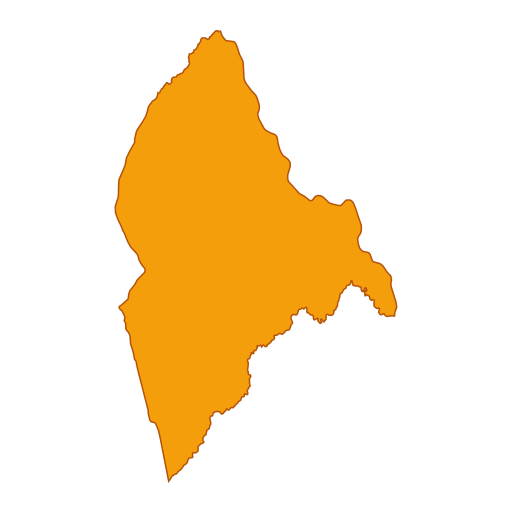 outline of Caia, Sofala, Mozambique
{"feature_id": "85939544B71313946873981", "entity_name": "Caia", "entity_type": "district", "adm_level": 2, "iso_a3": "MOZ", "parent_name": "Mozambique", "parent_adm1": "Sofala", "projection": "equal_earth", "projection_center": [34.995, -17.8], "detail": "fine", "context": "isolated", "style": "filled", "palette": "amber", "viewbox_px": 512, "rotation_deg": 0, "n_neighbors": 0, "source": "geoboundaries", "source_scale": "gbopen_adm2", "svg_char_len": 6037}
<svg xmlns="http://www.w3.org/2000/svg" viewBox="0 0 512 512"><path d="M220.4,31.1L218.8,31.8L218.2,31.5L217.7,30.7L215.9,30.9L215.1,31.3L214.1,32.8L213.1,33.4L212.6,34.5L211.9,34.8L211.2,36.2L209.7,36.9L209.4,37.7L209.5,38.3L209.2,38.8L208.4,38.8L207.7,39.4L205.3,38.0L202.7,37.9L201.6,38.4L200.9,39.6L200.7,41.5L199.5,42.8L199.0,44.1L198.1,44.3L197.9,44.6L197.8,46.3L197.0,47.3L196.8,48.1L195.6,49.4L193.7,50.3L193.6,52.3L192.3,52.9L191.9,53.5L190.1,54.1L189.4,53.9L189.1,54.3L189.1,55.6L188.6,56.7L188.5,57.9L189.1,59.1L188.8,61.4L189.5,62.9L189.3,64.3L187.7,66.9L186.5,68.3L185.0,69.1L183.7,70.7L183.1,72.2L181.9,73.3L180.1,73.7L179.1,74.7L177.4,74.9L176.4,77.0L173.4,77.2L172.3,78.0L171.7,78.9L171.7,79.9L171.4,80.4L171.8,81.7L171.7,82.1L170.6,83.5L169.1,84.2L168.7,84.1L167.7,82.9L166.8,82.7L166.3,83.0L165.9,84.1L164.8,84.9L164.1,86.2L163.7,86.4L162.8,88.2L161.9,88.7L160.2,91.2L159.7,92.9L158.3,93.3L157.9,92.9L157.4,96.0L155.9,98.9L152.4,101.2L149.0,105.9L148.2,107.5L147.4,111.3L145.8,116.1L143.1,120.9L137.7,129.1L136.4,131.6L134.7,138.8L134.6,141.7L134.8,142.3L130.1,150.4L127.0,156.7L126.3,158.7L125.1,165.5L119.1,179.4L118.7,182.6L118.4,195.1L118.0,197.9L115.3,206.2L115.5,212.6L117.9,219.4L121.5,226.9L122.7,230.4L124.3,233.1L128.1,242.5L130.8,247.1L136.9,253.8L137.9,255.6L139.2,260.4L142.1,265.3L144.8,268.6L145.2,269.9L144.7,272.3L137.4,279.7L134.5,285.0L129.9,290.7L128.8,293.9L128.2,298.4L127.7,299.5L121.1,305.3L119.1,306.6L119.4,308.2L120.1,309.4L122.0,310.8L124.8,316.5L124.9,317.7L124.2,320.8L125.7,323.3L125.8,328.6L126.4,330.0L128.2,332.0L129.6,334.6L130.2,337.5L130.5,343.5L133.2,352.0L134.6,359.5L136.0,361.2L137.5,368.7L148.2,410.4L148.2,413.3L149.8,420.0L150.9,421.7L154.3,422.4L155.3,423.2L156.6,425.6L158.5,430.6L159.9,436.5L168.7,481.3L170.5,478.8L172.2,475.8L173.2,475.5L174.4,474.5L176.6,473.7L178.5,471.2L180.2,470.1L181.8,468.5L183.7,465.5L186.7,463.3L188.8,458.3L190.1,457.8L192.6,457.5L192.8,456.7L192.4,454.2L192.6,453.1L196.1,452.6L197.4,451.7L198.0,450.8L198.2,448.5L197.9,447.2L198.1,446.4L200.8,443.9L203.6,442.7L203.9,442.2L203.0,440.8L202.8,439.7L203.2,437.5L204.5,435.4L205.9,434.8L206.9,430.3L209.3,428.5L209.6,426.2L210.1,425.1L210.6,424.7L210.8,423.6L210.4,420.5L209.9,419.2L209.8,417.9L210.7,416.2L212.7,415.7L212.7,414.7L213.3,412.9L214.9,411.8L217.6,411.4L219.8,412.0L220.4,412.5L221.4,414.1L223.2,413.5L224.3,411.9L226.0,410.5L226.2,409.4L226.7,408.8L228.6,410.1L229.4,409.6L230.9,407.6L233.3,407.7L233.6,407.4L233.8,406.4L235.0,405.8L236.0,404.3L237.6,403.1L238.3,401.7L240.4,400.5L240.8,399.9L241.3,397.9L241.7,397.1L243.7,396.7L244.2,396.2L244.4,394.0L244.6,393.8L246.8,394.7L247.6,394.4L247.8,392.9L247.3,391.2L247.3,390.4L248.7,388.0L249.1,386.9L250.2,386.0L249.6,383.8L249.4,379.3L249.9,377.9L250.9,376.2L250.4,375.0L249.1,374.8L248.5,374.3L248.1,371.6L247.5,370.3L248.0,366.9L248.3,362.9L247.4,360.4L247.7,359.3L249.2,358.7L249.9,357.9L250.3,355.5L251.3,354.4L251.3,352.9L251.7,352.7L253.0,353.6L253.7,353.5L253.8,352.9L253.4,351.6L254.2,350.5L255.6,350.7L255.9,350.3L257.4,347.5L257.0,346.3L257.2,345.6L258.8,346.0L260.5,345.2L261.3,345.7L261.6,347.0L262.0,346.8L262.5,345.4L263.6,345.1L265.1,346.6L266.6,346.4L267.2,345.8L267.2,344.6L269.0,343.8L270.9,342.1L271.9,340.2L273.0,340.0L274.0,339.3L274.6,337.8L274.1,336.7L274.4,335.3L274.8,335.1L276.6,335.4L279.5,333.3L282.2,334.4L284.7,332.2L285.8,330.5L289.0,329.9L289.4,329.6L290.6,326.7L291.0,324.9L292.5,323.1L292.3,321.9L290.9,318.3L291.1,316.6L292.2,315.1L292.9,314.7L294.3,314.3L295.4,315.0L296.7,314.8L297.7,313.1L298.5,310.1L299.4,309.3L300.6,309.1L302.2,308.1L303.9,309.0L305.3,307.6L306.6,307.5L307.0,309.0L306.8,311.9L307.2,312.7L308.9,313.1L310.5,314.9L312.7,315.3L313.6,317.0L313.3,318.1L313.8,319.5L314.7,319.9L317.1,318.3L317.8,318.3L318.1,318.8L317.8,319.7L318.0,321.0L320.1,323.4L321.6,322.6L320.8,320.8L321.0,319.2L321.5,319.1L322.6,320.2L323.3,321.6L323.9,321.9L326.0,319.3L326.1,315.3L326.6,314.5L327.6,314.4L328.8,315.1L330.8,315.3L332.4,315.0L333.3,314.0L333.8,312.6L333.9,310.4L335.8,309.5L336.3,307.6L337.4,306.2L337.6,303.1L338.0,301.9L338.9,300.6L338.9,298.8L339.7,297.2L340.0,294.2L341.8,293.0L343.9,289.3L345.8,288.3L346.3,286.6L347.2,285.3L348.9,285.1L350.3,283.9L351.1,281.2L351.3,280.8L351.8,280.6L352.4,282.3L352.6,284.3L353.2,285.4L355.9,286.1L357.8,285.8L359.3,286.8L361.1,287.2L361.3,290.1L361.8,290.9L362.7,291.7L363.0,291.6L363.6,290.3L364.8,289.7L365.0,288.2L365.2,287.8L365.7,287.7L366.6,289.2L366.7,290.7L366.4,291.2L365.0,290.8L364.4,291.3L364.8,292.8L364.9,295.5L365.1,295.8L365.7,295.7L366.0,295.0L366.5,294.7L367.3,295.3L368.5,295.6L369.4,296.5L370.1,299.3L371.4,300.4L373.2,299.7L374.0,300.0L374.3,301.3L374.0,302.6L373.9,304.9L374.3,306.3L375.1,307.2L376.7,308.4L377.8,308.5L378.9,308.0L379.4,308.4L379.4,309.7L378.7,311.6L378.7,312.5L380.2,314.6L381.7,314.7L383.3,313.7L383.9,313.8L385.2,315.5L386.4,316.3L388.3,316.4L389.8,315.8L391.2,316.0L392.8,315.6L393.4,316.0L394.5,316.1L394.8,312.6L396.7,307.2L396.0,302.2L390.9,285.8L391.0,282.7L391.5,280.3L390.9,276.1L387.2,272.3L383.0,266.0L381.1,264.3L378.8,263.2L373.8,262.0L372.3,260.7L370.1,254.4L368.8,252.8L367.2,252.2L363.2,251.6L361.2,250.0L359.6,248.0L358.4,244.2L357.7,240.1L357.8,238.0L358.7,236.0L360.0,234.3L361.2,231.5L361.4,228.1L361.3,225.4L357.6,214.7L356.0,209.4L353.4,203.0L351.9,201.1L350.2,200.0L346.6,200.0L345.3,200.9L341.2,205.4L338.6,205.5L332.2,204.0L328.9,202.7L323.7,197.5L320.9,195.8L317.8,195.5L316.0,196.1L314.7,197.1L312.4,200.2L311.1,200.6L309.8,200.5L304.3,196.2L299.3,193.5L288.4,181.4L287.7,178.5L287.7,174.8L290.3,166.3L290.1,162.8L289.5,161.3L287.8,159.1L282.8,155.3L281.2,152.7L279.7,149.3L278.1,143.5L277.1,137.4L276.3,135.9L274.9,134.5L270.5,132.9L265.8,130.3L264.0,128.4L259.1,119.3L257.9,115.6L257.8,114.1L257.9,113.0L259.1,109.9L259.4,106.8L258.9,103.6L256.9,97.6L255.8,95.3L251.3,90.5L246.1,83.5L244.7,80.7L244.0,78.2L243.2,63.0L242.6,60.5L239.6,54.6L236.8,46.0L235.9,43.9L234.1,41.7L226.3,40.7L224.8,39.5L222.0,35.6L220.4,31.1Z" fill="#f59e0b" stroke="#b45309" stroke-width="1.5"/></svg>